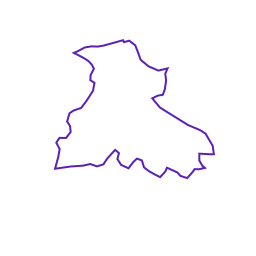 Hampyeong-gun, South Jeolla, South Korea (Equal Earth projection), rotated 303°
{"feature_id": "91817680B7912985797785", "entity_name": "Hampyeong-gun", "entity_type": "district", "adm_level": 2, "iso_a3": "KOR", "parent_name": "South Korea", "parent_adm1": "South Jeolla", "projection": "equal_earth", "projection_center": [126.541, 35.102], "detail": "fine", "context": "isolated", "style": "outline", "palette": "violet", "viewbox_px": 256, "rotation_deg": 303, "n_neighbors": 0, "source": "geoboundaries", "source_scale": "gbopen_adm2", "svg_char_len": 1089}
<svg xmlns="http://www.w3.org/2000/svg" viewBox="0 0 256 256"><g transform="rotate(303 128 128)"><path d="M199.5,128.7L192.7,122.2L190.9,111.5L192.1,101.5L197.3,94.6L201.3,89.0L201.9,81.5L197.8,77.8L198.9,76.0L184.0,62.8L179.9,58.4L176.5,52.8L171.9,47.8L164.9,44.0L161.5,41.7L162.6,52.8L162.6,58.4L161.5,62.8L159.2,67.1L152.2,67.8L147.6,70.3L147.6,75.3L140.1,78.4L128.0,78.4L119.3,77.8L113.0,72.8L108.4,70.9L100.3,73.4L98.0,78.4L93.4,82.1L85.9,81.5L82.4,75.9L76.6,75.9L73.2,82.1L65.7,85.3L54.1,89.0L64.5,100.9L72.0,110.9L77.2,115.9L78.9,122.8L84.1,127.2L91.0,127.2L102.6,129.1L102.0,134.1L96.2,136.0L93.3,142.2L94.5,150.4L102.6,151.0L107.2,152.2L108.4,157.3L103.7,162.9L103.2,169.2L103.7,176.7L104.3,181.7L111.8,183.0L115.9,182.3L117.6,193.6L116.4,198.0L118.2,204.9L126.8,206.2L129.7,206.2L132.0,209.9L136.4,214.2L136.7,211.2L139.6,205.5L145.3,201.8L151.1,211.8L152.8,214.3L159.2,208.7L165.5,196.1L165.5,189.9L163.2,176.7L162.7,153.5L162.6,143.5L166.1,132.2L171.3,135.3L174.8,139.1L180.5,137.8L188.6,134.1L193.8,129.7L199.5,128.7Z" fill="none" stroke="#5b21b6" stroke-width="2"/></g></svg>